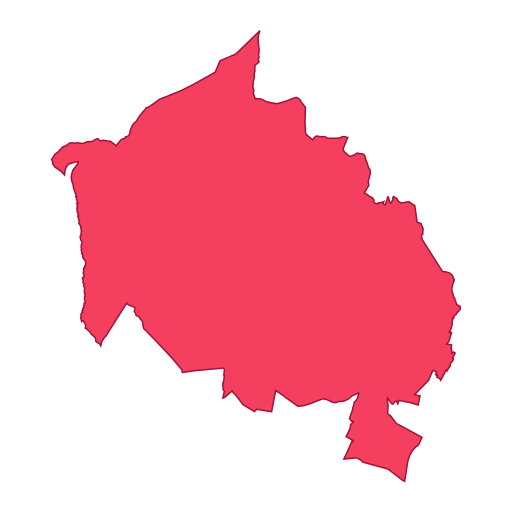 outline of Atltzayanca, Tlaxcala, Mexico
{"feature_id": "50627088B48258188094940", "entity_name": "Atltzayanca", "entity_type": "district", "adm_level": 2, "iso_a3": "MEX", "parent_name": "Mexico", "parent_adm1": "Tlaxcala", "projection": "natural_earth1", "projection_center": [-97.798, 19.412], "detail": "fine", "context": "isolated", "style": "filled", "palette": "rose", "viewbox_px": 512, "rotation_deg": 0, "n_neighbors": 0, "source": "geoboundaries", "source_scale": "gbopen_adm2", "svg_char_len": 5951}
<svg xmlns="http://www.w3.org/2000/svg" viewBox="0 0 512 512"><path d="M110.2,141.1L108.8,141.3L103.4,140.2L100.7,140.9L99.5,140.3L98.1,138.9L96.6,138.8L92.8,141.1L91.3,141.5L86.8,141.8L85.3,142.6L82.7,143.5L77.1,142.7L74.8,143.2L72.2,142.8L69.6,143.0L66.5,145.4L62.6,147.0L57.8,152.2L55.1,154.2L51.6,159.4L52.8,162.1L52.6,163.8L55.1,167.2L61.2,171.4L64.6,175.0L65.0,170.5L66.2,167.2L68.3,164.3L75.2,161.9L78.1,161.7L77.6,164.3L75.9,166.1L75.1,167.5L73.9,168.6L72.8,170.5L71.5,174.8L71.2,177.1L71.6,180.3L73.5,186.1L73.2,187.0L76.3,195.9L75.7,196.6L75.8,197.0L76.4,197.2L76.7,199.1L76.4,199.6L77.4,201.8L77.1,202.4L77.9,203.1L77.1,203.6L77.6,203.8L77.2,204.8L77.0,206.0L77.5,207.0L76.9,208.2L77.2,209.4L77.1,211.5L77.6,212.8L78.3,213.5L78.2,214.7L77.9,214.9L78.7,215.8L77.8,216.8L78.4,217.2L78.7,220.1L79.4,221.0L78.8,223.2L80.7,226.2L81.0,229.6L81.7,230.8L81.2,231.4L81.0,234.2L81.4,235.1L80.1,236.2L80.7,239.9L82.1,241.9L82.1,243.1L81.5,244.2L81.1,246.7L81.4,248.5L81.2,250.3L81.8,251.8L81.7,253.4L82.3,253.8L82.3,255.0L82.9,255.7L82.7,257.0L82.9,257.6L83.9,259.2L84.7,259.8L85.7,262.1L85.7,264.7L84.7,266.0L84.5,266.7L84.8,267.7L83.9,268.0L83.5,269.2L83.6,271.1L83.2,273.3L84.0,274.5L83.8,275.2L84.1,276.8L82.6,277.6L82.4,278.3L83.1,279.5L83.0,282.3L83.3,283.4L84.1,284.3L83.6,285.7L84.7,288.7L84.2,291.4L84.3,292.3L85.0,293.2L84.7,294.3L85.1,295.1L84.4,298.3L85.2,302.9L85.0,303.2L84.1,303.3L84.2,304.8L83.6,305.4L84.1,307.2L82.6,308.5L83.0,309.2L83.0,310.0L82.0,311.0L82.7,311.9L82.4,312.6L81.6,312.9L81.1,313.9L80.8,318.0L81.6,321.5L82.3,320.7L82.9,320.6L84.2,322.0L84.8,323.6L85.6,324.8L85.8,325.6L85.3,327.7L85.4,328.4L86.9,329.0L87.9,330.2L89.6,331.6L91.4,334.3L94.6,337.0L95.5,338.4L95.9,341.3L97.0,342.4L99.5,343.7L100.8,345.9L101.7,341.8L104.3,337.6L105.8,336.2L126.7,303.1L127.2,304.0L129.9,305.5L133.5,306.8L135.0,308.0L135.0,308.7L134.3,310.7L134.4,311.8L135.3,312.7L136.0,315.1L136.8,315.9L137.7,316.0L139.4,317.3L140.5,319.3L141.7,320.4L142.7,322.3L143.1,326.7L143.7,328.4L144.9,329.9L145.4,330.1L154.7,339.6L171.2,357.2L181.8,369.7L182.3,372.5L194.8,370.7L223.0,368.1L223.7,368.3L224.4,369.7L224.3,371.5L224.0,372.4L224.1,373.8L223.7,374.9L224.1,375.3L224.1,379.1L223.2,382.0L223.3,383.2L222.7,383.8L222.9,384.6L222.7,385.6L223.0,387.1L223.2,390.1L224.5,390.9L222.8,398.0L224.7,397.4L232.2,390.9L233.4,393.0L234.0,393.3L235.9,395.3L243.1,404.7L254.5,411.6L256.6,409.3L271.6,411.7L275.7,390.5L284.1,396.1L285.9,397.7L298.0,406.3L303.9,405.6L310.3,403.6L322.5,398.9L326.4,399.4L332.1,402.1L335.1,402.7L336.8,402.4L338.6,401.5L342.9,401.3L345.3,400.6L349.1,398.5L350.8,396.8L352.3,395.7L358.6,392.9L358.9,393.4L358.5,393.5L357.7,397.8L355.9,400.7L354.3,402.0L353.5,406.0L352.8,407.6L352.6,409.6L349.5,418.5L351.5,421.2L353.2,421.4L353.5,421.9L350.6,424.5L350.1,428.4L346.1,436.6L353.3,440.6L352.8,441.8L351.9,441.4L347.1,452.3L343.8,459.1L356.9,457.8L362.2,461.1L362.8,462.2L387.9,469.0L402.9,480.5L404.6,481.3L407.8,461.3L409.5,455.9L411.6,451.9L413.3,449.6L415.8,446.9L417.4,445.6L417.6,445.8L419.0,444.0L422.0,437.3L396.3,423.4L390.4,415.6L390.2,415.9L387.6,413.5L388.1,405.1L387.6,402.5L387.4,398.2L388.3,398.8L389.4,400.7L391.6,403.6L392.5,404.1L393.3,403.9L394.9,401.7L396.2,401.0L397.1,401.4L397.1,402.6L397.8,403.9L399.0,400.4L410.5,402.7L418.2,405.1L420.0,395.9L414.5,394.7L428.5,380.4L432.7,370.6L434.6,370.9L436.4,372.4L436.7,373.8L436.4,374.3L436.0,374.0L435.7,374.4L436.2,375.2L436.7,374.8L437.4,375.4L437.5,375.9L436.9,377.2L439.1,378.2L440.0,379.0L440.7,380.3L446.3,369.8L447.1,370.9L448.9,367.8L449.7,367.0L450.3,365.0L450.4,363.5L451.0,362.5L452.1,361.8L453.4,359.4L453.3,358.7L452.5,358.0L455.1,353.3L454.9,352.6L453.6,352.0L451.9,353.0L452.1,352.2L451.5,351.6L451.7,351.1L451.5,349.0L451.1,348.7L451.6,344.9L446.7,344.0L448.8,341.4L451.6,332.6L451.3,332.3L449.5,332.7L449.2,332.5L450.7,329.5L452.0,325.6L452.6,318.2L453.4,318.5L453.7,318.0L454.4,315.4L455.9,314.7L457.8,311.7L458.5,311.4L460.2,309.2L460.4,307.7L460.1,306.4L456.8,304.6L455.1,300.1L454.6,297.9L453.2,296.3L453.1,294.2L452.1,291.2L451.8,288.5L452.8,284.2L454.3,280.0L452.3,275.3L449.5,272.9L444.5,271.5L443.5,271.8L442.5,271.5L422.1,239.4L421.6,236.3L422.1,234.6L422.9,233.8L422.6,232.4L422.9,231.9L422.8,230.7L423.2,229.0L421.4,224.8L421.1,223.5L417.2,222.3L414.7,205.3L414.1,205.3L408.8,201.6L401.6,203.0L398.8,201.6L397.7,200.5L397.4,199.3L396.7,198.5L393.5,196.5L393.1,197.0L392.6,200.1L390.8,203.2L390.3,203.1L389.8,202.6L388.4,197.0L387.9,196.8L387.7,196.9L386.9,200.2L385.4,204.2L384.9,204.6L384.3,204.6L383.2,203.4L383.8,201.6L382.9,202.1L378.2,202.9L378.1,203.7L377.8,203.7L375.7,203.5L373.7,202.1L373.5,201.8L373.6,201.3L374.1,200.3L372.5,197.8L369.6,196.4L367.1,194.5L364.4,193.0L368.9,185.1L368.2,181.4L370.2,174.1L370.3,172.5L370.1,170.2L369.8,169.2L368.5,167.5L367.3,163.5L365.7,159.3L365.0,156.1L364.2,154.9L363.1,154.0L358.7,153.5L357.9,153.1L356.2,153.4L355.2,154.5L350.3,156.4L349.5,156.3L344.8,152.2L343.6,150.7L343.0,149.0L347.7,137.5L344.9,136.8L342.8,136.6L341.7,136.9L340.5,137.7L337.6,138.2L328.7,138.3L326.7,137.8L325.6,136.9L324.2,136.6L320.2,136.7L316.8,136.0L315.6,136.4L313.7,138.3L312.6,139.9L306.1,134.3L305.5,132.2L305.0,121.5L305.4,107.1L304.7,106.7L303.5,104.7L301.4,102.4L300.5,100.6L299.1,98.8L296.4,97.4L293.3,98.2L287.8,100.5L277.5,103.7L271.1,102.8L265.9,101.5L262.1,99.4L260.3,98.9L254.8,98.5L254.6,96.7L253.5,94.2L253.4,93.0L253.8,89.9L252.8,87.0L253.2,83.6L253.1,82.6L254.4,77.0L254.2,73.9L254.9,71.2L254.9,65.6L257.3,63.3L258.7,62.5L259.1,61.8L258.2,59.5L259.0,57.6L258.5,54.2L259.0,52.6L259.1,49.0L258.3,42.8L258.1,37.7L258.6,34.8L259.9,30.7L235.8,54.0L220.0,60.8L215.2,72.2L191.8,85.3L180.2,91.0L159.7,99.2L149.4,106.6L145.9,108.0L144.8,110.1L143.1,111.6L140.5,114.8L137.6,119.0L136.3,121.3L134.1,123.1L132.2,125.7L130.3,130.1L129.6,133.9L128.6,135.5L126.8,136.8L125.5,136.8L125.2,138.1L121.9,139.2L120.5,140.3L117.5,144.0L116.5,145.9L110.2,141.1Z" fill="#f43f5e" stroke="#9f1239" stroke-width="1.5"/></svg>